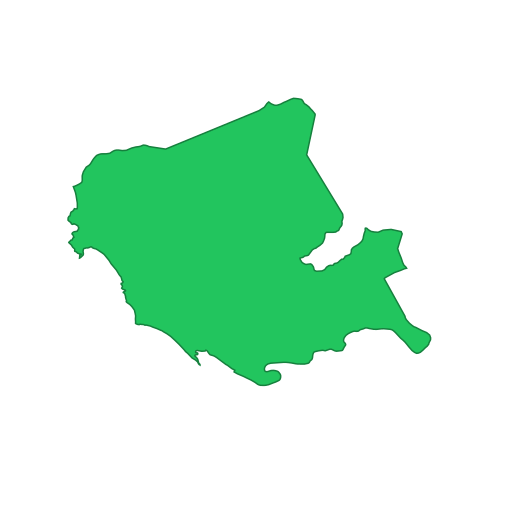 Troumassee, Micoud, Saint Lucia, rotated 140°
{"feature_id": "8701671B86080825614718", "entity_name": "Troumassee", "entity_type": "district", "adm_level": 2, "iso_a3": "LCA", "parent_name": "Saint Lucia", "parent_adm1": "Micoud", "projection": "robinson", "projection_center": [-60.903, 13.81], "detail": "fine", "context": "isolated", "style": "filled", "palette": "green", "viewbox_px": 512, "rotation_deg": 140, "n_neighbors": 0, "source": "geoboundaries", "source_scale": "gbopen_adm2", "svg_char_len": 6125}
<svg xmlns="http://www.w3.org/2000/svg" viewBox="0 0 512 512"><g transform="rotate(140 256 256)"><path d="M351.3,426.6L353.4,420.9L354.8,418.2L358.8,411.5L361.0,408.8L362.2,407.5L362.8,407.2L364.3,408.4L364.7,409.0L365.8,408.4L366.4,408.5L367.0,408.2L368.0,408.2L369.3,408.5L369.9,408.3L371.2,407.5L372.6,406.3L373.8,406.6L375.6,405.9L376.3,404.8L376.9,404.5L376.9,403.0L376.3,400.5L376.7,399.7L376.5,398.5L375.9,398.0L375.5,397.8L374.9,397.9L374.5,397.5L374.4,396.9L373.7,395.7L373.5,394.7L373.0,393.7L373.5,392.5L373.5,391.7L373.7,391.4L374.2,391.3L374.7,390.6L376.3,390.3L377.1,389.9L379.6,391.4L380.6,391.7L381.6,391.7L382.4,391.5L382.8,391.1L382.7,389.7L383.4,387.7L383.4,387.4L384.9,387.4L386.5,386.5L387.6,387.1L388.0,387.1L388.8,386.9L390.2,386.9L390.8,386.6L390.4,383.5L390.4,382.5L390.7,381.2L390.7,380.2L390.4,378.0L390.9,377.2L391.4,376.8L391.8,376.0L391.1,374.9L390.9,374.1L390.9,373.0L389.5,370.5L388.9,370.2L388.7,369.7L389.0,369.5L390.3,370.0L392.6,367.8L392.4,367.7L390.9,367.6L387.9,367.8L387.1,368.3L386.5,369.0L385.6,370.6L384.3,371.8L383.2,372.4L380.5,371.1L379.6,370.2L378.8,370.0L378.1,369.6L376.7,369.3L376.1,368.7L376.0,367.4L375.1,365.7L374.1,364.4L373.4,362.6L371.8,357.1L371.3,354.9L371.3,353.4L371.4,347.1L372.0,343.1L372.0,335.1L372.4,332.3L372.8,329.9L372.9,328.5L372.8,326.8L373.6,324.9L374.4,323.3L374.3,321.7L375.3,321.2L376.0,321.3L376.9,321.7L377.5,321.0L377.4,319.4L378.0,318.4L379.6,317.7L379.5,316.5L378.1,314.0L378.2,313.3L378.5,313.1L379.5,313.5L380.9,313.6L381.2,313.3L380.7,312.1L380.8,311.4L382.0,308.6L382.3,308.5L383.1,306.9L384.0,304.8L384.8,304.4L384.7,303.1L383.8,299.9L383.6,297.1L383.9,292.8L385.4,289.8L386.7,287.5L388.9,285.2L390.8,282.6L391.5,282.0L391.5,281.2L390.6,279.6L389.6,278.5L388.6,278.3L387.9,277.4L386.2,275.8L385.5,274.3L384.6,273.8L381.9,270.2L380.8,267.9L378.6,264.2L376.5,259.9L376.0,259.2L375.6,257.5L374.2,253.7L373.0,249.2L372.3,243.7L371.7,237.9L371.3,230.6L371.4,228.1L370.9,225.4L370.5,218.9L369.2,215.2L368.8,212.4L369.3,210.5L369.3,209.4L369.0,208.5L368.6,209.0L368.7,210.8L367.0,214.4L366.8,216.5L367.1,218.1L367.0,218.8L366.7,219.2L366.1,219.2L364.2,218.1L363.6,218.3L363.2,218.8L363.1,219.3L363.9,220.2L364.2,220.9L363.5,221.7L362.8,221.9L361.8,221.5L358.8,217.9L356.0,215.9L354.9,216.1L354.4,214.8L354.7,211.3L354.6,209.8L352.8,207.1L352.2,205.9L351.4,203.5L348.8,192.3L348.1,190.6L346.9,185.3L345.6,182.1L347.3,181.3L346.0,177.8L342.9,171.7L341.6,168.7L339.5,164.1L338.0,159.9L337.2,156.7L336.6,155.4L335.7,154.1L334.7,153.2L333.0,151.7L331.6,150.7L329.0,149.3L324.5,147.8L321.8,146.8L318.7,146.0L317.8,145.9L316.9,146.1L316.2,146.4L314.9,147.4L313.8,148.8L313.4,150.0L313.3,152.7L313.5,153.5L313.9,154.3L315.0,155.9L316.2,157.2L318.1,158.6L321.2,159.9L322.2,160.5L322.9,161.4L323.1,162.1L322.9,162.9L322.2,164.0L321.6,164.6L320.8,165.1L319.7,165.6L318.8,165.8L317.8,165.8L316.2,165.6L313.6,164.4L303.7,157.2L301.2,155.1L299.7,153.6L297.5,151.2L294.9,148.0L293.3,146.3L288.2,142.0L285.2,140.4L284.4,140.2L283.6,140.2L282.1,140.8L280.1,140.8L279.3,141.0L278.2,141.7L276.0,143.8L274.6,144.7L273.5,145.1L272.3,144.8L269.1,143.2L265.9,141.2L265.3,140.7L264.0,139.0L263.7,138.8L259.4,137.2L258.8,136.7L258.2,136.1L257.8,135.4L256.7,132.9L255.7,131.5L254.3,130.5L251.2,128.5L250.4,128.2L249.6,128.4L247.0,129.5L244.6,130.2L244.1,130.7L243.9,131.3L243.8,132.0L243.9,133.4L243.8,134.1L243.1,135.2L241.7,136.3L241.0,136.6L239.8,137.0L237.9,137.4L235.1,137.2L232.6,136.6L230.3,135.9L228.8,135.1L227.6,133.8L226.2,132.8L225.4,132.6L223.9,132.6L223.2,132.4L220.8,131.3L218.3,130.5L217.1,129.4L215.8,127.6L212.9,124.2L210.6,122.2L206.7,119.6L204.8,118.1L200.3,113.6L199.1,111.8L198.7,110.1L198.4,107.8L198.0,99.8L197.5,97.2L197.2,94.3L197.2,91.2L197.3,88.2L197.2,83.3L196.5,80.3L195.6,78.3L194.9,77.8L193.9,77.2L191.9,76.6L188.7,76.6L185.3,76.9L182.8,76.9L180.5,77.4L179.3,78.3L176.2,79.6L174.8,81.1L173.8,83.8L174.5,87.6L176.8,92.1L179.5,98.6L180.5,100.3L181.1,102.6L181.7,105.9L181.8,110.6L181.3,113.0L180.6,114.0L172.4,156.1L171.1,156.4L160.6,154.3L154.7,152.1L150.5,150.8L148.5,149.8L148.3,151.2L148.6,153.9L147.9,156.6L146.1,161.1L144.1,167.3L142.6,170.9L142.0,171.1L129.8,179.0L129.1,181.4L135.4,189.5L142.0,194.1L147.2,195.7L150.0,198.4L152.1,201.0L153.1,204.0L153.3,205.9L154.0,207.0L153.8,207.3L154.9,206.7L155.8,205.5L156.2,205.1L158.4,203.9L161.4,201.7L162.6,200.6L163.7,200.0L165.5,199.3L167.8,199.1L170.6,199.1L175.3,200.0L177.2,200.0L179.0,199.4L180.3,198.0L181.9,196.8L183.6,196.9L187.8,198.5L189.0,197.9L191.2,197.5L192.5,198.5L195.1,198.5L197.0,198.3L198.9,198.7L200.2,199.6L201.3,199.8L202.6,199.3L204.0,200.1L205.0,201.1L206.5,201.8L209.1,202.1L212.1,201.4L215.0,202.1L219.4,205.4L220.3,206.9L220.4,208.0L219.1,210.5L218.8,212.5L218.8,213.7L219.2,214.8L220.2,215.5L223.0,217.3L223.5,217.9L224.0,218.8L224.9,221.4L224.4,224.8L223.7,226.1L222.0,225.4L221.2,224.9L220.1,224.7L218.9,224.8L216.3,223.3L215.2,223.0L208.9,224.5L206.6,224.2L205.1,223.5L203.4,223.5L200.2,223.1L196.7,223.2L194.8,224.0L192.0,225.6L190.6,226.9L189.2,228.4L187.4,229.0L186.7,228.8L181.9,224.7L179.5,223.1L177.9,223.0L176.3,222.5L173.4,223.8L171.9,224.0L170.4,224.5L169.2,225.5L167.8,227.5L166.2,228.4L164.6,229.6L163.0,231.9L162.6,232.7L152.2,300.9L120.3,325.8L119.5,326.7L119.4,331.2L119.6,333.4L119.6,336.2L120.3,339.6L120.7,340.5L121.0,342.1L120.5,344.5L120.4,345.8L120.5,346.6L120.8,347.1L122.8,349.5L125.0,351.8L126.0,352.7L128.7,353.7L133.6,355.0L135.7,355.7L139.4,356.5L141.7,357.4L143.2,358.1L144.8,359.5L146.2,362.1L146.7,363.3L147.2,365.8L148.4,365.8L149.8,365.7L153.9,364.6L160.2,365.4L256.5,396.0L267.7,408.7L268.2,409.9L269.3,411.6L270.8,413.2L271.3,413.5L273.9,414.3L275.6,415.2L277.9,416.7L281.8,418.6L287.4,420.3L290.7,422.7L293.3,425.6L294.8,426.8L296.2,427.6L297.1,427.9L298.8,428.3L301.6,428.6L302.2,428.8L305.1,430.6L309.0,433.8L310.9,434.7L313.1,435.4L314.5,435.4L317.1,435.0L318.8,434.6L322.7,433.3L324.2,432.9L325.5,432.8L328.9,433.2L331.9,432.2L334.0,431.5L337.0,429.6L337.8,428.9L340.5,425.6L341.6,424.7L342.1,424.5L343.5,424.5L345.0,424.7L348.0,425.4L350.1,426.0L351.3,426.6Z" fill="#22c55e" stroke="#15803d" stroke-width="1.5"/></g></svg>